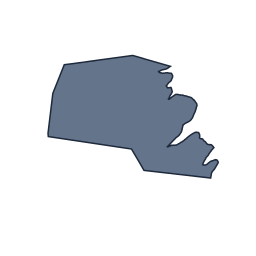 the district of Norton, Mashonaland West, Zimbabwe, rotated 55°
{"feature_id": "62879985B7429577065299", "entity_name": "Norton", "entity_type": "district", "adm_level": 2, "iso_a3": "ZWE", "parent_name": "Zimbabwe", "parent_adm1": "Mashonaland West", "projection": "natural_earth1", "projection_center": [30.703, -17.887], "detail": "fine", "context": "isolated", "style": "filled", "palette": "slate", "viewbox_px": 256, "rotation_deg": 55, "n_neighbors": 0, "source": "geoboundaries", "source_scale": "gbopen_adm2", "svg_char_len": 5335}
<svg xmlns="http://www.w3.org/2000/svg" viewBox="0 0 256 256"><g transform="rotate(55 128 128)"><path d="M216.4,89.0L212.6,85.2L212.4,84.7L212.2,84.1L212.0,83.7L211.8,83.1L211.6,82.2L211.5,81.6L211.1,80.4L208.3,74.3L208.1,74.1L207.7,73.7L207.1,73.5L206.8,73.5L206.4,73.5L205.7,73.5L205.1,73.5L204.9,73.8L204.7,74.0L204.4,74.2L204.4,74.4L204.4,74.6L204.2,74.6L204.2,74.8L204.0,75.0L203.8,75.4L203.8,75.6L203.6,76.1L203.6,76.7L203.5,77.1L203.3,77.5L203.1,77.9L203.1,78.2L202.9,78.6L202.9,78.8L202.9,79.0L202.7,79.4L202.7,79.6L202.7,80.0L202.8,81.3L202.8,81.7L202.8,82.3L203.0,83.0L203.0,83.4L203.0,83.8L203.0,85.1L202.8,85.7L202.4,86.1L202.2,86.7L201.9,87.1L201.7,87.4L201.5,87.6L201.3,87.6L201.0,87.6L200.8,87.6L200.8,87.4L200.4,87.2L200.0,86.8L199.6,86.1L199.3,85.5L198.9,84.9L198.5,84.0L198.1,83.0L197.8,82.2L197.0,81.1L196.4,78.2L196.1,77.4L195.7,76.8L195.5,76.1L195.3,75.7L195.1,75.1L194.9,74.5L194.7,73.9L194.6,73.4L194.4,72.8L194.2,72.6L193.4,69.1L193.2,69.1L193.2,68.9L192.9,68.9L192.5,68.9L191.8,68.9L190.6,69.1L189.7,69.3L189.4,69.5L189.0,69.9L188.8,70.1L188.6,70.6L188.4,70.8L188.1,71.0L187.9,71.4L187.5,71.8L187.2,72.0L186.8,72.3L186.6,72.3L186.2,72.3L185.9,72.5L185.7,72.5L185.3,72.5L185.1,72.5L184.8,72.5L183.6,72.5L183.3,72.7L182.9,72.9L182.5,73.1L182.2,73.1L181.8,73.1L181.4,73.1L180.7,73.2L180.1,73.2L179.8,73.2L179.6,73.4L179.4,73.6L179.2,73.6L179.0,73.8L178.8,74.0L178.5,74.6L178.1,74.8L177.7,74.9L177.4,75.1L177.2,75.1L177.0,74.9L176.6,74.7L176.3,74.2L175.5,73.8L174.8,73.2L173.7,73.0L173.1,73.0L172.9,72.8L172.5,72.8L172.4,72.8L172.2,72.8L171.6,73.4L171.4,73.7L171.3,73.9L170.9,74.1L170.7,74.3L170.5,74.7L170.3,74.9L170.2,75.3L170.0,76.0L170.0,76.6L169.8,77.2L169.6,80.8L169.7,81.8L169.7,82.9L169.7,83.7L169.9,84.5L169.9,85.6L170.1,86.6L170.1,88.3L170.3,88.9L170.3,89.3L170.3,89.8L170.3,91.0L170.3,91.6L170.3,92.1L170.1,92.7L170.1,93.3L170.1,93.9L170.1,95.2L169.9,95.8L169.9,96.4L169.9,97.1L169.8,97.5L169.8,97.9L169.6,98.3L169.4,98.7L169.0,99.2L168.9,99.6L168.7,100.0L168.3,100.4L167.9,100.9L167.8,101.5L167.4,101.9L167.0,102.3L167.0,102.5L167.0,102.9L166.8,103.0L166.8,103.4L166.9,103.8L166.7,104.0L166.5,104.6L166.5,105.5L166.3,106.1L166.1,106.5L166.1,106.9L166.1,107.1L166.0,106.9L165.9,106.5L165.8,105.9L164.6,100.0L164.6,99.6L164.4,99.2L164.4,98.8L164.2,98.2L164.2,97.8L164.0,97.1L164.0,96.5L163.8,95.7L163.5,94.8L163.5,94.2L163.4,92.7L163.4,92.1L163.4,91.7L163.4,91.1L163.2,90.7L163.2,90.0L162.7,88.8L162.3,88.0L162.1,87.3L161.9,86.7L161.7,86.5L161.5,86.1L161.0,85.5L160.6,85.0L160.2,84.6L160.0,84.2L159.7,84.0L159.3,83.8L159.1,83.4L158.4,82.6L158.2,82.4L157.6,81.7L157.4,81.7L157.3,81.3L157.1,81.3L157.1,80.9L157.1,80.7L157.1,80.1L157.0,78.4L157.2,77.6L157.2,76.9L157.4,76.3L157.4,75.7L157.6,75.0L157.6,74.2L157.6,73.8L157.6,73.0L157.6,72.3L157.4,71.7L157.2,71.1L157.0,70.5L156.8,69.8L156.4,69.0L156.2,68.8L156.0,68.4L155.9,68.2L155.5,67.8L155.3,67.3L154.9,66.7L154.6,66.3L154.2,65.7L153.8,64.8L153.4,64.2L153.1,63.6L152.5,62.8L151.9,62.1L151.6,61.5L151.0,60.9L150.6,60.5L150.3,60.1L150.1,59.9L149.9,59.7L149.7,59.2L149.3,58.8L148.9,58.4L148.4,58.2L148.0,58.0L147.6,57.8L147.3,57.8L147.1,57.8L146.7,57.8L145.6,57.8L144.9,57.8L144.7,57.8L144.3,57.8L144.0,57.8L143.8,57.8L143.6,57.8L143.0,57.8L142.8,58.1L142.7,58.1L142.3,58.1L141.7,58.3L141.0,58.3L139.1,58.9L138.8,59.1L138.4,59.6L138.0,59.8L137.7,60.0L137.3,60.4L137.1,60.6L136.9,60.8L136.6,61.0L136.0,61.3L135.7,61.5L135.3,61.9L134.7,62.5L134.4,62.7L134.0,63.2L133.6,63.6L133.3,63.8L132.9,64.0L132.5,64.2L132.3,64.4L132.2,64.6L132.2,64.8L132.0,65.1L131.8,65.3L131.4,65.7L131.1,65.9L131.1,66.1L130.9,66.3L130.7,66.5L130.3,66.9L129.8,67.4L129.4,67.6L129.2,67.8L128.9,68.2L128.7,68.4L128.3,68.9L128.1,69.3L127.9,69.5L127.9,69.9L127.8,70.1L127.8,70.7L127.8,71.2L127.8,71.6L127.8,72.0L127.8,73.2L127.8,74.1L127.8,74.7L127.8,75.5L128.0,76.0L128.0,76.4L128.0,77.4L128.0,77.6L128.0,77.8L128.0,78.0L127.8,78.3L127.4,78.3L127.4,78.1L127.3,77.8L126.9,77.0L126.5,76.4L125.9,75.6L125.6,74.7L125.2,74.3L125.2,73.9L125.0,73.7L125.0,73.3L124.8,72.9L124.6,72.6L124.4,72.2L124.3,71.8L123.9,71.4L123.5,70.8L120.0,69.6L119.8,69.6L119.4,69.6L119.4,69.8L119.2,70.0L119.1,70.4L118.7,70.8L118.5,71.5L118.2,71.9L117.8,72.3L117.8,72.5L117.6,72.5L117.4,72.5L117.0,72.5L116.7,72.5L116.3,72.5L115.8,72.5L115.6,72.5L115.4,72.5L115.4,72.1L115.2,71.5L115.0,70.9L114.6,69.8L114.4,69.2L114.2,68.4L114.2,67.9L114.2,66.7L114.0,66.3L114.0,65.9L113.9,65.4L113.7,65.2L113.3,64.6L112.9,64.0L112.2,62.7L111.6,62.1L111.2,61.7L110.9,61.5L110.7,61.5L110.3,61.3L110.1,61.3L109.8,61.3L109.4,61.3L109.0,61.1L108.6,61.1L108.3,61.1L108.1,61.1L107.7,61.5L107.2,62.2L106.8,62.6L106.6,62.8L106.6,63.0L106.2,63.2L106.1,63.4L105.9,63.6L105.5,63.8L105.3,64.3L105.0,64.5L104.8,64.9L104.4,65.5L104.2,66.2L103.9,66.8L103.7,67.0L103.3,67.6L103.3,67.8L103.1,68.0L103.0,68.5L102.6,68.7L102.0,69.1L101.7,69.3L101.5,69.7L101.3,69.9L101.1,69.9L100.9,70.2L100.4,70.2L100.2,70.4L99.8,70.4L99.6,70.4L99.6,70.6L99.3,70.6L99.3,70.4L100.0,66.4L100.2,66.2L100.4,65.8L100.5,65.6L100.7,65.1L100.7,64.9L101.1,64.1L101.3,63.7L101.4,63.0L101.6,62.6L101.6,62.2L101.8,61.8L101.8,61.2L101.8,60.7L101.8,59.7L101.8,59.3L101.8,57.9L80.7,75.0L80.2,75.3L71.3,82.5L54.9,114.3L44.5,134.6L39.6,143.9L56.5,169.7L86.5,196.6L89.3,198.2L147.2,137.2L160.3,138.2L171.9,139.2L216.4,89.0Z" fill="#64748b" stroke="#1e293b" stroke-width="1.5"/></g></svg>